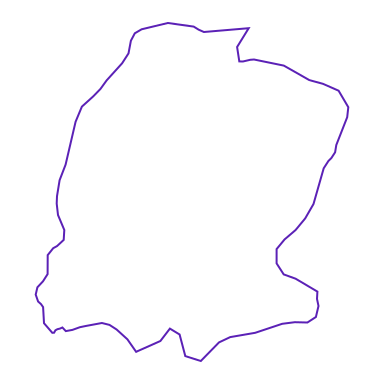 SVG path tracing the border of K. Maras
{"feature_id": "TUR-2283", "entity_name": "K. Maras", "entity_type": "Province", "adm_level": 1, "iso_a3": "TUR", "parent_name": "Turkey", "parent_adm1": "", "projection": "robinson", "projection_center": [36.909, 37.929], "detail": "fine", "context": "isolated", "style": "outline", "palette": "violet", "viewbox_px": 384, "rotation_deg": 0, "n_neighbors": 0, "source": "natural_earth", "source_scale": "10m", "svg_char_len": 1128}
<svg xmlns="http://www.w3.org/2000/svg" viewBox="0 0 384 384"><path d="M93.2,96.4L100.4,89.0L106.7,80.3L122.1,63.3L128.5,53.4L130.9,40.7L134.8,33.3L141.6,29.3L167.8,23.0L193.7,26.6L198.7,29.7L203.9,32.0L248.7,28.2L237.1,47.0L239.3,61.4L242.9,61.5L250.2,59.8L254.0,59.5L283.8,65.6L309.3,80.1L322.9,83.8L338.6,90.7L348.3,107.2L347.2,117.2L336.3,145.0L335.1,152.3L331.4,158.0L328.4,161.0L323.7,168.3L313.5,204.0L305.2,218.4L295.6,230.0L284.6,239.4L276.6,249.1L276.6,263.4L283.7,274.4L295.6,278.7L317.4,291.6L317.0,298.9L318.5,306.0L315.9,317.0L307.4,322.5L294.8,322.2L282.2,323.8L255.2,332.8L230.2,337.1L219.0,342.4L200.8,361.0L185.3,356.1L179.6,334.5L169.9,328.6L160.4,341.0L136.1,351.8L127.4,339.3L116.6,329.5L109.5,324.9L101.9,323.0L85.7,326.0L79.9,327.2L72.4,329.9L65.8,331.1L62.4,327.5L59.9,328.6L57.4,329.2L55.4,330.3L54.1,332.7L52.3,332.8L44.0,323.2L43.1,307.1L41.0,304.1L38.1,301.5L35.7,294.6L37.4,287.3L43.0,281.3L47.6,274.1L47.7,255.1L53.2,248.2L57.0,246.1L63.7,239.9L64.3,230.0L58.0,215.0L56.7,203.6L57.0,196.2L59.6,180.2L65.6,164.6L75.6,121.7L81.9,106.6L93.2,96.4Z" fill="none" stroke="#5b21b6" stroke-width="2"/></svg>